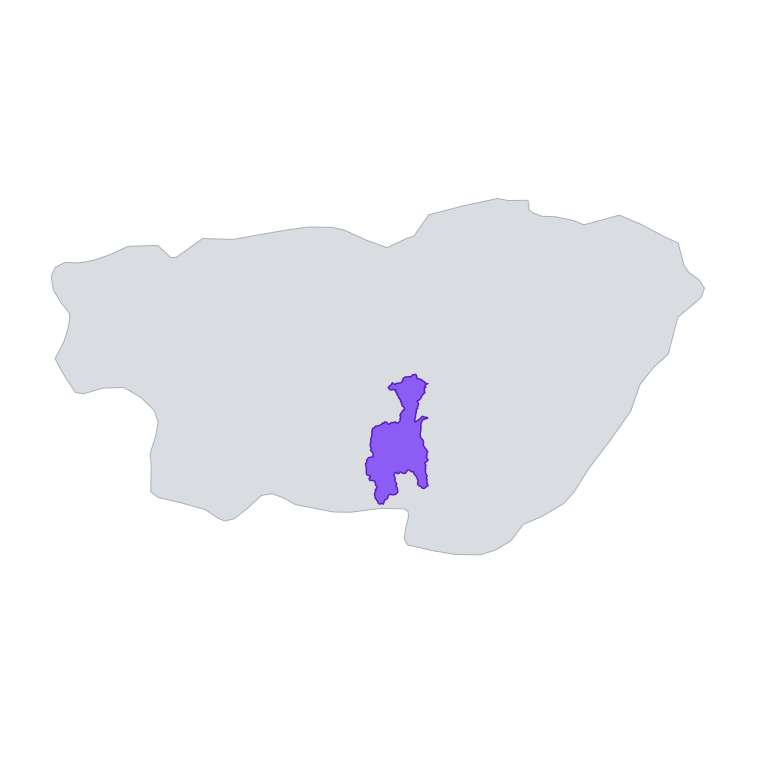 Sephu, Wangdi Phodrang, Bhutan shown in context, rotated 176°
{"feature_id": "84629894B46369829894621", "entity_name": "Sephu", "entity_type": "district", "adm_level": 2, "iso_a3": "BTN", "parent_name": "Bhutan", "parent_adm1": "Wangdi Phodrang", "projection": "mercator", "projection_center": [90.34, 27.763], "detail": "fine", "context": "in_parent", "style": "filled", "palette": "violet", "viewbox_px": 768, "rotation_deg": 176, "n_neighbors": 0, "source": "geoboundaries", "source_scale": "gbopen_adm2", "svg_char_len": 7399}
<svg xmlns="http://www.w3.org/2000/svg" viewBox="0 0 768 768"><g transform="rotate(176 384 384)"><path d="M622.3,328.8L621.1,333.8L615.6,347.1L612.0,361.5L615.0,373.4L627.4,387.5L643.9,398.7L665.1,399.5L684.5,395.2L692.3,397.0L702.9,415.8L710.4,432.1L700.2,448.8L694.6,463.5L692.6,473.9L693.8,478.4L700.1,486.9L707.4,501.2L708.4,514.5L703.8,523.2L693.8,527.6L683.1,526.3L674.3,526.4L663.3,528.0L646.0,532.8L630.0,539.1L599.9,538.0L587.9,524.9L582.2,524.9L554.8,541.8L525.1,538.8L470.8,544.4L448.1,545.8L424.8,543.9L413.0,540.3L391.1,528.5L371.3,519.8L351.1,527.7L344.0,529.2L327.8,549.5L292.7,556.2L257.7,561.1L247.4,558.4L227.7,557.2L226.9,552.4L227.5,547.8L223.0,544.2L215.0,540.4L201.2,538.8L183.6,533.8L173.4,528.9L137.5,536.0L116.6,525.4L92.8,510.6L80.8,504.2L76.4,481.4L72.2,474.1L62.9,466.4L57.6,457.3L61.8,448.0L85.5,430.6L87.4,426.5L98.4,394.0L113.6,382.1L128.6,365.7L139.9,339.5L161.8,312.6L185.9,285.0L202.4,262.5L213.4,252.0L236.0,240.8L254.9,234.2L268.0,219.1L283.8,210.7L300.1,206.9L324.2,208.9L346.9,214.3L371.7,221.8L374.6,227.9L372.5,238.6L368.9,249.4L368.8,255.0L372.6,258.1L396.9,260.1L426.7,258.4L443.5,259.9L480.7,269.9L491.6,277.0L503.0,282.4L514.1,281.4L528.2,269.9L543.0,260.0L552.2,258.5L558.8,261.6L570.7,271.0L595.2,279.8L617.1,286.5L624.2,292.7L621.8,319.8L622.3,328.8Z" fill="#d9dde1" stroke="#a8b0b8" stroke-width="1"/><path d="M396.7,264.5L394.3,265.0L393.3,264.3L392.7,265.2L391.3,268.3L390.8,268.6L389.7,268.8L389.1,269.2L388.6,269.7L388.1,270.5L387.4,272.4L387.0,272.9L386.5,273.3L385.7,273.5L384.7,273.2L382.1,272.8L380.5,273.0L380.2,273.0L379.9,273.3L379.2,274.1L378.4,274.4L378.1,274.5L378.0,274.9L377.8,276.2L377.9,278.2L378.3,280.1L378.5,280.5L379.1,280.9L379.3,281.2L379.3,281.7L378.4,282.8L378.3,283.0L378.3,283.4L378.6,284.2L379.5,285.7L379.8,286.5L379.9,287.5L379.4,288.4L379.4,288.9L379.6,290.0L380.2,291.4L380.3,292.0L380.2,292.8L380.0,293.4L379.2,294.5L378.6,294.9L377.9,294.8L377.7,294.5L377.3,293.9L377.0,293.7L376.7,293.6L376.0,293.6L375.4,293.8L375.2,294.0L374.6,294.9L374.0,295.1L373.6,295.0L372.4,294.1L369.5,293.3L368.7,293.6L367.6,294.9L366.7,296.3L366.0,296.5L364.8,296.5L364.2,296.0L363.8,295.4L362.8,294.7L362.5,294.5L360.9,294.4L360.7,294.1L360.5,293.0L360.3,292.2L360.0,291.8L358.8,290.6L357.5,287.6L357.3,286.5L356.9,285.8L356.5,285.4L356.8,284.4L357.0,284.1L357.4,283.0L357.5,282.2L357.4,281.8L357.1,281.1L355.9,279.8L355.5,279.5L354.7,279.3L354.1,279.1L353.5,277.8L353.2,277.5L352.4,277.2L351.4,277.1L350.9,277.2L350.5,277.5L349.3,278.1L348.8,278.8L347.9,279.3L347.2,279.5L347.5,280.6L347.4,281.0L347.8,281.5L348.0,282.0L347.9,285.0L347.7,285.9L348.3,286.9L348.3,287.5L348.1,287.9L347.5,288.6L347.5,289.0L347.8,290.5L348.2,291.0L348.6,292.0L348.8,293.1L348.6,294.9L348.8,295.4L348.3,296.5L348.6,297.0L348.6,297.4L348.2,298.5L348.3,299.5L347.9,299.9L348.1,300.2L348.6,301.5L348.8,301.9L348.9,302.4L348.5,302.8L347.6,303.4L347.3,303.3L346.3,303.9L345.9,304.3L345.6,305.4L345.4,305.6L346.0,306.4L346.1,306.8L346.7,307.4L346.9,307.8L346.6,308.2L346.6,309.1L346.5,309.5L346.1,309.8L346.1,310.9L346.0,311.6L346.0,312.3L345.5,312.5L345.1,313.5L345.2,313.8L345.5,313.9L345.8,314.3L346.0,315.0L346.4,315.4L346.7,316.4L347.6,317.1L347.8,317.6L347.9,318.3L348.4,318.8L349.0,320.2L349.1,320.7L348.7,322.1L348.6,323.3L348.6,323.6L349.0,324.6L348.9,325.2L350.1,326.5L350.6,327.2L350.8,327.8L351.3,328.3L351.4,329.0L351.3,330.2L351.3,330.8L351.6,331.7L351.0,333.1L350.6,334.6L350.5,336.6L350.4,337.0L350.3,337.4L350.1,337.9L350.1,341.0L349.6,343.0L348.6,344.2L348.2,345.1L347.3,345.8L346.5,346.0L345.8,346.4L345.1,346.3L344.4,346.4L344.0,346.7L343.1,346.8L342.8,347.0L343.9,347.9L344.9,347.9L345.9,348.1L347.2,348.9L348.2,349.0L350.2,346.9L350.9,346.8L351.9,345.9L354.1,344.6L354.3,344.4L355.1,343.9L355.6,343.8L356.0,344.0L356.0,344.3L355.5,346.9L355.5,347.5L355.4,348.1L354.8,349.3L354.8,350.3L354.5,351.5L354.6,351.8L354.0,352.9L353.7,353.7L353.8,354.4L353.7,355.3L353.5,355.5L353.4,356.0L352.9,357.0L352.5,357.3L352.1,357.3L352.1,357.6L352.4,358.0L352.3,358.5L352.0,358.8L351.7,359.4L351.5,360.2L350.9,361.4L351.2,362.9L351.6,363.3L351.8,363.7L351.9,364.8L351.8,365.1L350.9,365.0L350.6,365.1L350.0,365.8L349.4,366.1L348.8,366.7L348.1,367.5L347.0,369.7L345.9,370.8L344.8,371.7L344.6,372.1L344.1,372.2L344.0,372.4L343.7,373.0L344.0,373.4L344.3,374.3L343.9,375.6L344.3,376.9L342.5,377.9L342.6,378.1L343.0,378.2L343.4,378.6L343.3,378.9L343.5,379.3L342.7,380.1L342.2,380.4L341.6,380.6L340.7,381.2L341.2,381.3L342.3,382.1L342.8,382.2L343.1,382.4L343.4,383.2L344.2,383.7L346.1,385.4L346.6,385.7L346.7,386.0L347.4,386.0L348.0,386.2L348.4,386.6L348.9,386.8L349.7,386.9L350.9,387.6L350.9,389.0L350.8,389.6L351.6,391.2L352.0,391.5L352.4,391.3L353.2,391.1L354.8,391.3L355.2,390.6L356.6,389.5L356.8,389.4L357.8,389.4L358.8,389.6L359.4,389.4L359.8,389.3L361.5,389.6L363.2,389.1L364.0,388.6L365.0,387.2L364.7,386.5L365.4,386.0L365.5,385.7L365.5,385.2L365.9,385.0L366.1,384.6L366.5,384.6L367.0,384.2L367.7,383.9L369.0,383.8L370.9,383.8L371.6,383.7L372.4,383.3L372.5,382.7L373.3,382.9L374.3,383.4L375.3,384.5L375.8,384.5L376.0,384.2L376.2,383.6L376.8,382.8L379.5,380.8L380.1,380.1L379.4,379.3L379.2,378.7L378.4,378.0L377.7,377.6L377.0,377.6L374.9,378.0L374.4,377.8L374.1,377.2L372.6,377.3L372.9,376.5L373.0,375.7L372.3,374.3L371.7,373.9L371.4,373.6L371.7,373.0L371.6,372.1L370.6,371.3L370.5,370.8L370.6,370.4L370.4,369.9L370.4,369.3L369.8,369.2L369.7,369.0L369.4,367.9L368.7,367.2L368.6,366.3L368.6,365.4L368.0,365.0L368.0,364.2L367.7,364.0L367.6,363.7L368.0,362.9L367.7,362.4L367.3,362.0L367.4,361.3L367.4,361.0L366.9,360.4L365.5,359.3L365.6,358.4L365.2,357.4L365.4,356.9L366.0,356.6L367.2,356.2L367.8,355.6L368.3,354.4L368.9,354.0L369.7,353.2L369.8,352.8L369.6,352.5L369.6,352.1L370.2,351.6L370.2,351.2L369.9,351.0L369.7,350.7L369.8,350.4L369.6,350.0L369.9,349.0L370.5,348.0L370.4,346.5L370.7,345.8L371.2,345.5L372.0,344.8L372.5,344.3L373.2,343.8L374.2,344.6L374.5,344.7L375.0,344.7L375.6,345.4L376.0,345.1L376.6,345.2L377.3,345.0L377.8,344.6L379.2,345.1L380.1,344.3L380.4,344.3L381.4,343.9L382.4,343.3L382.6,343.4L383.1,344.1L383.2,344.5L383.8,345.1L384.2,345.8L385.9,346.0L386.3,345.6L386.8,344.9L387.7,345.2L388.0,345.2L388.4,344.7L389.2,344.1L389.9,343.6L390.5,343.5L390.8,343.2L393.6,342.5L395.0,342.6L396.3,341.9L396.6,341.2L397.6,340.4L398.2,340.5L398.9,339.2L399.0,338.5L398.9,338.1L399.4,337.7L399.4,336.8L399.5,336.1L399.4,335.7L399.9,332.9L399.9,332.4L400.1,332.0L400.5,331.4L401.2,329.5L401.0,328.6L401.4,326.9L401.5,326.1L401.9,325.2L402.0,323.4L401.7,322.6L401.9,322.3L400.9,320.9L401.7,319.8L402.0,319.0L402.0,318.6L401.8,318.2L401.3,317.6L400.1,316.5L400.0,316.1L399.9,315.9L400.0,315.7L399.8,315.3L399.7,314.3L400.0,313.6L399.9,312.9L400.0,312.7L400.1,312.2L400.4,311.9L403.6,311.9L404.8,311.2L406.1,310.1L406.5,309.0L406.7,307.6L407.1,306.5L407.9,305.9L408.0,305.5L407.8,304.3L407.8,303.4L407.4,301.3L407.8,298.0L407.8,295.8L407.5,294.8L406.9,294.3L406.2,293.9L404.3,293.5L404.2,293.2L404.3,291.7L405.4,291.2L405.5,291.0L405.2,289.3L404.7,288.7L403.3,288.9L402.6,288.4L401.6,288.4L400.5,288.2L400.3,287.5L399.8,287.1L399.8,286.0L399.3,285.3L399.5,284.3L399.5,283.7L398.2,282.3L397.8,281.7L399.5,279.7L399.7,279.3L400.1,279.0L399.7,278.4L399.6,277.7L400.2,277.3L401.3,274.4L401.0,273.7L400.7,271.9L400.7,270.5L399.7,269.4L399.1,268.2L398.4,266.9L398.3,266.1L397.1,264.7L396.7,264.5Z" fill="#8b5cf6" stroke="#5b21b6" stroke-width="1.5"/></g></svg>